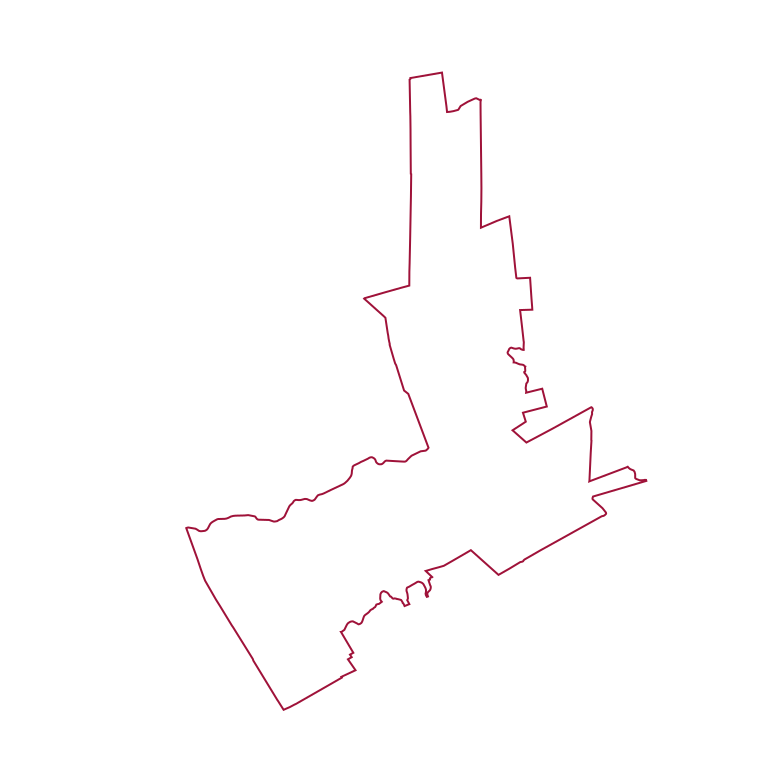 outline of Ciresu, Braila, Romania, rotated 165°
{"feature_id": "2599482B19299751639554", "entity_name": "Ciresu", "entity_type": "district", "adm_level": 2, "iso_a3": "ROU", "parent_name": "Romania", "parent_adm1": "Braila", "projection": "robinson", "projection_center": [27.398, 44.954], "detail": "fine", "context": "isolated", "style": "outline", "palette": "rose", "viewbox_px": 768, "rotation_deg": 165, "n_neighbors": 0, "source": "geoboundaries", "source_scale": "gbopen_adm2", "svg_char_len": 6126}
<svg xmlns="http://www.w3.org/2000/svg" viewBox="0 0 768 768"><g transform="rotate(165 384 384)"><path d="M279.3,672.7L279.4,672.1L279.6,671.8L280.0,671.6L280.5,671.4L288.3,639.9L289.2,636.0L292.4,623.4L296.6,607.4L303.7,580.1L303.4,579.7L309.5,558.0L313.6,543.8L320.9,518.4L328.0,494.0L330.4,486.0L334.1,472.5L343.3,472.5L358.4,472.3L380.6,471.9L381.1,471.6L380.3,470.4L370.9,456.0L366.7,449.6L365.5,447.6L367.2,432.4L367.4,429.6L367.8,426.7L368.0,423.8L368.1,421.0L368.4,420.5L368.1,405.9L367.9,400.9L367.4,399.1L366.3,372.5L363.1,368.2L357.5,310.9L358.3,310.2L359.3,309.6L360.8,308.9L361.5,308.9L366.0,309.5L375.9,307.6L376.9,307.1L380.3,305.2L382.1,304.0L382.9,303.7L383.8,303.6L384.7,303.8L392.0,306.2L398.9,308.5L401.6,309.4L402.5,309.3L403.3,309.0L405.2,307.8L406.4,307.3L407.5,307.2L408.7,307.5L409.6,307.8L410.5,308.5L411.1,309.3L411.6,310.1L411.9,311.1L411.9,312.4L412.1,313.3L412.4,314.1L413.2,315.2L414.5,316.3L415.5,316.6L417.0,316.6L419.0,316.0L423.7,315.1L426.4,314.7L428.6,314.1L433.6,313.2L434.8,312.8L435.7,312.1L436.1,310.9L437.3,308.8L438.4,305.7L439.4,304.0L441.1,302.4L444.4,300.0L447.3,298.5L448.9,297.9L462.8,295.4L470.5,293.9L472.3,293.7L474.8,293.8L476.6,293.6L477.9,292.7L480.8,290.3L481.6,290.0L482.4,289.8L483.3,289.7L484.0,289.8L485.6,290.7L488.1,292.7L489.0,293.1L490.3,293.5L493.8,293.5L495.0,293.6L496.6,294.0L498.2,294.6L499.2,294.9L500.4,294.7L501.5,294.2L502.7,293.0L503.8,292.3L505.7,291.4L507.1,290.4L511.7,285.0L514.3,281.9L515.6,281.1L517.8,280.3L520.8,279.8L522.7,279.2L525.1,279.4L525.9,279.6L526.6,280.0L530.2,282.4L540.6,285.5L541.2,286.0L541.8,286.8L542.6,289.0L543.1,289.6L549.1,292.5L552.7,293.1L561.3,295.2L563.8,295.6L566.2,295.6L568.9,295.0L571.0,294.8L572.8,295.0L579.1,296.5L580.2,296.5L583.1,295.8L585.3,295.2L586.8,294.6L588.1,293.8L589.6,292.2L591.2,290.4L592.5,289.3L594.4,288.6L595.5,288.6L598.2,289.0L599.6,289.4L600.7,290.0L602.1,291.6L603.5,293.0L610.3,296.1L611.7,296.1L612.3,296.0L609.5,263.0L608.9,253.0L608.8,251.6L608.3,245.4L607.7,240.3L602.1,219.2L599.9,212.1L593.4,189.9L592.8,188.3L581.9,152.4L581.8,150.6L568.7,106.0L568.6,105.9L565.3,95.3L558.6,96.3L553.0,97.6L552.5,97.6L500.7,111.3L501.0,112.2L485.6,114.9L490.1,127.4L485.9,128.5L486.9,131.4L483.2,132.3L489.7,155.6L489.3,155.5L485.9,156.8L482.6,160.6L481.8,161.4L480.8,162.2L478.8,162.9L477.5,163.1L476.5,163.0L475.5,162.8L471.9,159.6L471.0,158.6L470.6,158.4L469.3,158.5L467.8,159.0L466.8,159.9L465.9,161.1L464.0,164.0L463.3,164.9L462.8,165.3L461.9,165.8L459.0,166.9L457.4,167.7L456.5,168.4L455.9,168.9L455.2,169.2L454.2,169.5L453.1,169.6L452.6,169.9L452.0,170.3L450.2,170.9L449.3,171.9L448.5,172.9L447.2,173.0L445.7,172.9L442.5,174.2L443.2,175.8L443.3,176.9L443.2,177.8L441.9,181.8L441.7,182.0L441.5,182.3L440.8,183.1L439.8,183.7L439.2,183.9L437.8,184.0L435.5,182.2L434.8,181.5L434.3,180.7L433.9,179.7L433.2,177.7L433.0,177.2L432.3,176.8L431.8,175.9L431.3,174.9L431.2,174.7L430.7,174.3L430.3,174.2L429.4,174.2L428.0,173.6L427.3,173.1L427.1,172.9L426.6,172.8L424.1,171.4L423.3,170.8L422.6,168.5L422.6,167.8L422.6,167.6L422.3,167.4L422.2,167.2L421.9,166.2L421.6,164.2L416.5,164.8L417.5,169.2L417.1,169.7L416.8,170.1L416.4,170.7L416.3,171.1L415.9,173.6L415.7,175.1L415.7,176.7L415.8,178.2L415.7,178.7L415.4,179.8L415.0,180.5L414.6,181.1L414.4,181.3L414.0,181.4L412.1,181.7L408.6,182.7L406.1,183.3L403.1,184.2L402.4,184.2L401.7,184.1L399.9,183.0L399.2,182.5L398.7,182.0L398.2,181.3L397.7,180.4L396.8,176.5L396.7,175.5L396.7,174.2L397.4,172.0L398.0,171.0L398.1,170.6L398.2,169.2L397.7,167.3L396.5,167.4L396.6,168.8L396.6,170.2L395.5,171.5L393.0,172.9L392.1,174.0L391.8,174.6L391.4,175.6L391.3,176.0L391.3,176.8L391.5,177.7L391.6,179.4L391.8,183.0L390.2,183.2L390.2,183.9L390.0,184.2L389.7,184.5L389.4,184.7L388.8,184.9L388.2,185.0L387.6,184.9L387.4,185.0L392.1,192.6L385.3,192.8L378.6,192.8L373.3,192.9L363.8,195.4L343.1,201.0L322.8,170.0L310.6,173.2L298.5,176.7L296.5,176.6L295.5,176.8L294.8,177.5L293.7,178.1L276.1,182.8L211.8,198.9L208.3,199.8L207.5,199.9L206.2,199.8L205.6,199.9L204.5,200.3L203.4,200.9L203.0,201.3L202.9,202.4L205.1,207.5L212.3,218.6L212.2,219.7L211.2,221.2L155.7,222.5L155.7,223.5L156.9,223.9L158.5,224.0L160.7,224.5L161.9,224.8L164.8,226.9L165.4,227.5L165.7,228.2L164.7,232.0L164.7,234.3L165.3,235.9L167.2,237.3L168.3,238.2L169.4,239.7L170.0,241.0L171.5,240.7L185.6,239.3L210.9,236.8L210.6,237.4L202.2,263.8L198.2,275.8L198.3,276.1L195.8,285.0L195.0,293.9L194.6,294.7L192.2,298.9L190.8,301.0L190.4,302.8L190.0,303.6L189.4,304.2L189.0,305.1L188.8,305.8L188.9,306.5L189.2,307.3L189.7,307.9L189.9,307.9L233.0,297.2L261.6,290.6L271.8,306.0L256.8,310.9L257.2,320.3L232.6,320.1L232.4,338.5L249.0,338.8L248.4,340.3L248.3,342.8L248.1,343.7L246.4,347.6L245.0,348.6L244.6,349.1L244.0,350.2L243.6,351.8L243.5,352.6L243.5,352.9L243.6,353.3L244.0,354.5L244.1,355.0L244.1,355.4L244.3,355.8L244.8,357.0L245.4,358.2L245.5,358.6L245.5,359.2L245.1,359.3L244.7,359.4L244.4,359.7L244.1,360.3L243.5,363.3L243.4,363.8L243.0,364.3L243.4,364.6L243.8,365.4L244.1,365.9L244.7,366.5L245.1,366.7L246.2,367.2L247.2,367.6L247.7,367.8L249.0,368.7L250.5,369.9L250.6,370.1L251.0,370.3L252.5,371.1L253.2,371.3L252.8,372.3L252.6,373.8L252.6,374.2L252.8,374.8L253.0,375.3L253.8,376.7L255.4,379.2L256.3,380.7L256.5,381.3L256.5,382.2L256.4,382.6L256.0,383.1L255.3,383.8L254.4,384.9L253.8,385.6L253.1,385.9L252.6,386.1L252.0,386.2L251.5,386.1L251.2,385.9L249.2,384.6L248.5,384.3L247.8,384.0L247.2,383.9L246.7,383.8L244.5,383.7L243.8,383.5L243.4,383.2L242.9,382.4L242.4,381.9L240.8,380.9L240.2,380.8L239.7,383.2L238.1,388.3L238.0,389.5L237.9,390.1L235.8,403.9L233.4,420.2L221.5,417.4L220.9,420.4L219.4,428.5L218.3,434.1L215.4,448.8L228.0,451.5L228.3,451.8L228.6,452.1L228.7,452.3L228.4,454.2L227.3,461.7L227.3,461.8L223.3,486.3L219.6,513.6L233.0,512.3L249.9,509.9L246.3,523.1L242.8,535.0L239.2,548.0L235.8,561.1L220.5,621.0L217.7,631.7L216.9,633.2L216.9,633.4L217.2,633.6L218.0,633.6L220.9,636.1L221.8,636.2L222.5,636.2L226.1,635.6L230.2,634.9L238.0,632.7L241.0,629.9L241.3,629.7L241.6,629.6L246.4,629.6L249.9,629.9L252.7,630.4L251.8,636.2L247.4,669.8L279.3,672.7Z" fill="none" stroke="#9f1239" stroke-width="2"/></g></svg>